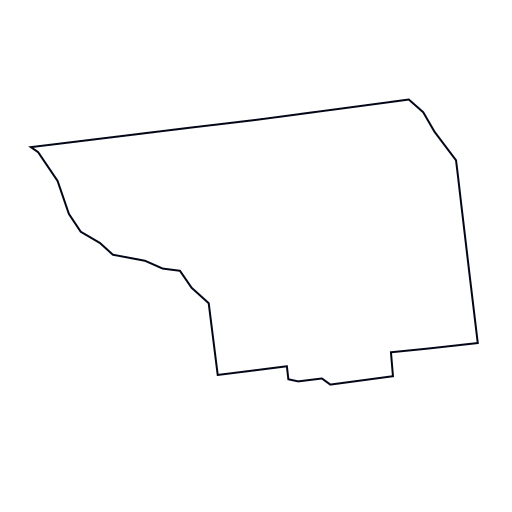 LaPorte, Indiana, United States of America (Equal Earth projection), rotated 83°
{"feature_id": "52423323B64026366373920", "entity_name": "LaPorte", "entity_type": "district", "adm_level": 2, "iso_a3": "USA", "parent_name": "United States of America", "parent_adm1": "Indiana", "projection": "equal_earth", "projection_center": [-86.715, 41.499], "detail": "fine", "context": "isolated", "style": "outline", "palette": "ink", "viewbox_px": 512, "rotation_deg": 83, "n_neighbors": 0, "source": "geoboundaries", "source_scale": "gbopen_adm2", "svg_char_len": 651}
<svg xmlns="http://www.w3.org/2000/svg" viewBox="0 0 512 512"><g transform="rotate(83 256 256)"><path d="M369.4,46.5L298.5,46.3L297.8,46.3L297.7,46.3L233.3,46.0L232.4,46.0L230.6,46.0L200.2,45.8L199.6,45.8L197.9,45.8L190.7,45.8L186.1,45.8L185.4,45.8L154.4,63.7L133.7,72.5L119.3,85.3L120.9,239.3L120.6,305.8L120.6,307.4L120.5,466.2L126.4,459.6L157.3,443.8L191.4,436.6L210.6,427.0L224.1,409.3L237.3,397.9L247.2,366.8L257.1,350.2L261.4,333.3L279.7,323.8L297.1,308.7L369.4,308.5L369.2,238.8L382.3,238.9L385.6,229.4L385.6,205.5L392.7,197.9L392.0,134.7L368.0,133.8L368.4,116.2L368.8,98.4L369.4,46.5Z" fill="none" stroke="#020617" stroke-width="2"/></g></svg>